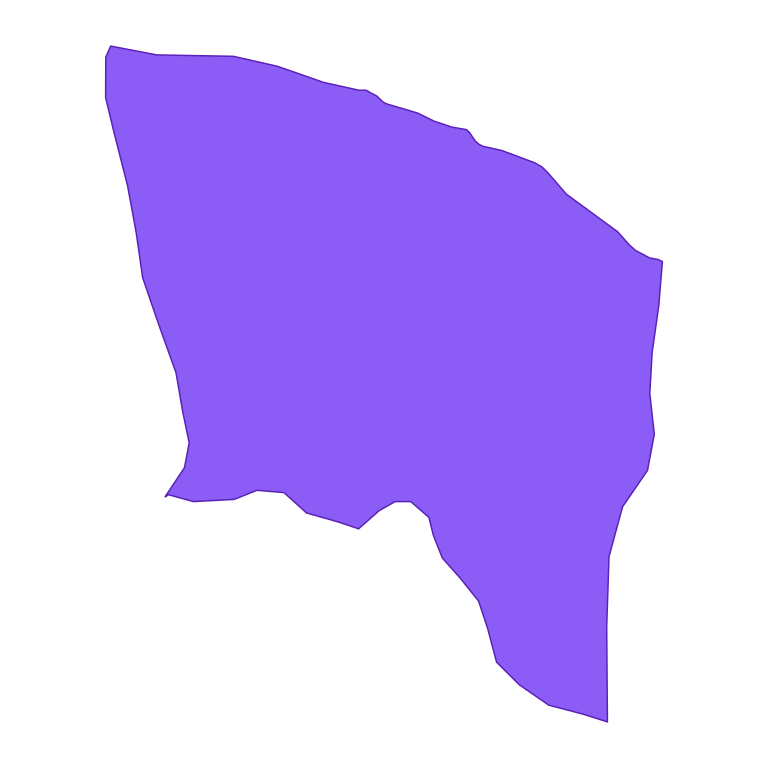 outline of Surt
{"feature_id": "LBY-2985", "entity_name": "Surt", "entity_type": "Municipality", "adm_level": 1, "iso_a3": "LBY", "parent_name": "Libya", "parent_adm1": "", "projection": "albers", "projection_center": [17.512, 29.873], "detail": "fine", "context": "isolated", "style": "filled", "palette": "violet", "viewbox_px": 768, "rotation_deg": 0, "n_neighbors": 0, "source": "natural_earth", "source_scale": "10m", "svg_char_len": 1053}
<svg xmlns="http://www.w3.org/2000/svg" viewBox="0 0 768 768"><path d="M110.7,46.1L156.6,54.9L233.4,56.3L277.8,66.4L323.2,82.3L358.6,90.2L366.0,90.2L367.9,91.1L369.3,92.1L377.0,96.2L382.9,101.9L385.1,103.2L387.0,104.0L417.7,113.1L433.9,121.1L451.5,127.0L466.6,129.7L469.3,132.2L475.1,140.8L478.9,144.3L483.0,146.3L501.8,150.5L534.9,162.9L541.9,166.9L547.6,172.4L566.3,194.1L617.7,231.8L629.3,244.9L635.6,250.5L649.5,257.9L658.3,259.6L662.4,261.5L658.8,305.5L652.1,352.9L649.8,393.6L654.3,434.2L647.5,470.4L622.6,506.7L609.0,556.6L606.7,626.8L607.4,717.7L607.4,721.9L582.8,714.1L548.8,705.2L519.3,684.8L496.6,662.2L487.6,628.3L478.6,601.1L460.5,578.5L442.4,558.1L433.4,535.5L428.9,517.4L410.8,501.6L395.0,501.6L379.1,510.7L358.6,528.8L338.3,522.0L306.6,513.0L284.0,492.6L256.9,490.3L234.2,499.4L193.4,501.6L168.5,494.7L164.9,497.1L184.5,467.6L189.2,442.8L182.6,411.1L176.0,372.7L158.2,323.0L142.7,277.8L136.2,232.7L127.5,185.4L114.3,133.6L105.6,97.5L105.8,57.1L109.6,48.5L110.7,46.1L110.7,46.1Z" fill="#8b5cf6" stroke="#5b21b6" stroke-width="1.5"/></svg>